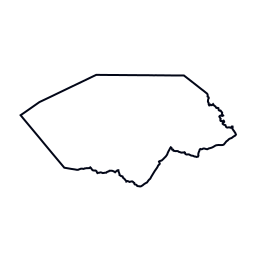 outline of Karachuonyo, Nyanza, Kenya, rotated 5°
{"feature_id": "3690345B83716228169892", "entity_name": "Karachuonyo", "entity_type": "district", "adm_level": 2, "iso_a3": "KEN", "parent_name": "Kenya", "parent_adm1": "Nyanza", "projection": "albers", "projection_center": [34.698, -0.371], "detail": "fine", "context": "isolated", "style": "outline", "palette": "ink", "viewbox_px": 256, "rotation_deg": 5, "n_neighbors": 0, "source": "geoboundaries", "source_scale": "gbopen_adm2", "svg_char_len": 4616}
<svg xmlns="http://www.w3.org/2000/svg" viewBox="0 0 256 256"><g transform="rotate(5 128 128)"><path d="M236.1,125.2L235.9,124.9L235.7,124.4L235.6,124.0L235.2,123.5L234.9,123.1L234.6,122.7L234.3,122.4L234.1,122.0L233.7,121.6L233.3,121.3L233.1,120.9L232.8,120.6L232.5,120.1L232.0,119.6L232.0,119.1L232.1,118.6L232.2,118.0L232.0,117.4L231.2,117.5L230.9,118.0L230.6,118.7L230.1,118.8L229.7,118.7L229.3,118.6L228.7,118.5L228.2,118.6L227.7,118.7L227.1,118.9L226.6,118.9L226.2,118.7L225.8,118.5L225.5,118.1L225.2,117.5L224.9,117.1L224.8,116.7L224.3,116.5L223.8,116.5L223.4,116.4L222.8,116.2L222.4,115.9L221.9,115.5L222.0,114.8L222.2,114.4L222.7,114.1L223.0,113.9L223.3,113.5L223.2,113.1L222.9,112.6L222.6,112.3L222.2,112.5L221.8,112.9L221.3,113.0L220.7,113.1L220.4,112.8L219.7,112.9L219.4,112.5L219.3,112.0L219.3,111.5L219.4,111.1L219.5,110.7L219.1,110.2L218.7,109.7L218.3,109.2L218.0,108.7L218.2,108.2L218.6,107.8L219.2,107.5L219.7,107.4L220.2,107.6L220.7,107.8L221.2,107.6L221.7,107.3L221.4,106.9L220.8,106.6L220.5,106.0L220.4,105.3L220.5,104.6L220.3,104.2L219.8,103.9L219.1,103.1L218.9,102.7L218.5,102.5L217.8,102.8L217.3,102.6L216.8,102.2L216.7,101.7L216.5,101.2L216.4,100.7L216.3,100.3L215.7,100.1L215.3,100.2L214.9,100.3L214.3,100.3L213.9,99.9L213.6,99.5L213.4,99.1L213.0,98.8L212.6,98.6L212.0,98.2L211.5,97.9L211.0,97.6L211.0,97.1L210.7,96.8L210.5,97.1L210.4,97.5L210.0,97.7L209.4,98.0L208.9,97.8L208.5,97.6L208.0,97.5L207.7,98.0L207.4,98.4L206.9,98.4L206.6,97.9L206.3,97.3L206.2,96.5L206.1,95.8L205.8,95.4L205.4,95.0L205.3,94.4L205.3,93.9L205.3,93.4L205.3,93.0L205.4,92.5L205.5,91.9L205.8,91.5L205.8,90.9L205.6,90.4L205.1,90.1L204.5,89.7L204.5,89.3L204.6,88.8L204.5,88.3L204.4,87.9L204.2,87.4L203.7,86.8L199.5,84.0L198.2,83.2L196.8,82.3L193.6,80.2L179.1,70.8L178.4,70.9L177.8,70.9L171.2,71.5L161.0,72.3L155.5,72.7L150.8,73.1L148.7,73.3L144.3,73.6L135.9,74.3L118.5,75.7L107.1,76.6L104.1,76.9L102.0,77.0L99.0,77.3L91.8,77.8L88.7,79.6L77.6,86.2L68.1,91.8L53.6,100.4L50.1,102.5L37.5,109.9L25.0,120.4L23.2,121.9L19.9,124.6L22.8,127.6L40.8,145.7L45.4,150.4L55.1,160.2L57.5,162.6L63.2,168.3L68.0,173.1L75.2,173.7L78.6,173.9L80.7,174.1L81.9,174.0L82.6,173.6L83.5,173.2L84.5,172.7L85.7,172.5L86.7,172.6L87.5,172.6L88.2,172.1L89.2,171.9L90.2,171.6L90.8,171.6L91.5,171.5L92.3,171.4L93.1,171.3L93.8,170.5L94.7,171.2L95.3,172.0L96.0,172.8L96.9,173.3L98.3,173.3L99.5,173.2L100.5,173.9L100.8,174.7L101.5,175.6L102.4,175.2L103.5,175.0L104.1,174.7L104.9,174.6L105.8,174.8L106.8,175.1L108.1,174.8L109.2,174.5L110.3,174.4L110.9,173.6L111.7,173.2L112.6,172.9L113.2,172.2L114.4,172.1L115.5,172.0L116.6,172.1L117.4,172.5L118.3,172.7L119.0,173.2L119.6,172.5L120.4,171.9L121.1,171.1L122.1,170.9L122.3,171.8L122.6,172.7L123.1,173.6L123.5,174.6L123.7,175.7L124.6,176.0L125.3,176.5L126.0,176.5L126.9,176.8L127.2,177.8L127.9,178.3L128.4,178.7L129.3,179.4L130.0,180.2L130.7,180.8L131.0,181.5L131.9,180.9L133.1,181.1L134.2,181.6L135.0,181.3L135.6,181.1L136.7,180.8L137.7,181.2L138.2,181.8L139.0,182.1L139.1,182.7L139.3,183.2L139.7,183.6L140.7,183.7L141.5,184.0L142.2,184.9L143.2,185.1L144.0,185.0L144.9,185.2L145.9,185.0L147.5,183.9L148.7,182.7L149.2,182.3L149.7,181.9L150.7,181.2L151.7,180.6L151.9,180.2L152.1,179.9L152.5,179.2L153.1,178.2L153.8,177.3L154.5,176.7L154.9,175.8L155.3,174.8L157.4,170.5L158.4,168.5L160.6,164.7L161.0,163.6L161.3,162.8L161.8,162.1L162.5,161.5L162.7,160.5L162.2,159.6L161.8,158.7L162.5,158.2L163.4,157.8L164.3,157.5L165.8,155.9L166.6,154.9L167.5,153.8L168.2,153.0L168.8,151.9L169.3,151.1L169.6,149.9L169.9,148.9L170.4,147.6L171.2,145.8L171.7,144.5L172.3,143.5L173.0,143.9L173.5,145.0L174.0,145.8L174.9,145.7L175.3,146.7L176.3,146.8L177.4,146.9L178.5,146.7L179.7,146.7L180.7,147.3L181.8,147.5L182.5,147.7L183.3,147.9L184.2,147.7L185.2,147.7L185.8,147.4L186.4,147.2L187.0,147.7L187.1,148.5L187.7,149.0L188.5,149.3L189.3,149.2L190.3,149.0L191.4,149.1L192.2,149.5L193.2,149.9L194.2,150.0L195.1,150.0L195.9,150.3L196.6,150.6L197.7,150.6L198.9,150.9L199.7,150.5L200.1,150.5L200.4,149.9L200.6,149.4L200.4,148.7L200.3,148.1L200.3,147.7L200.4,146.8L200.6,145.9L200.9,145.1L201.1,144.5L201.3,143.3L201.9,142.6L202.9,142.8L203.9,142.5L204.7,141.9L205.9,141.8L206.9,142.0L208.0,142.2L209.0,142.2L210.1,141.4L211.5,140.9L212.6,140.5L213.8,139.9L215.0,139.1L215.9,138.4L216.5,138.0L217.4,137.5L218.9,137.2L219.8,137.0L221.2,137.0L222.3,136.9L223.0,136.8L223.8,136.7L224.8,136.2L225.8,134.8L226.6,133.6L227.1,132.8L228.4,131.7L229.1,130.8L229.7,130.2L230.6,129.6L231.5,129.2L232.0,129.0L232.9,128.2L233.4,127.7L233.8,127.4L234.3,127.0L234.7,126.7L235.5,126.2L236.1,125.2Z" fill="none" stroke="#020617" stroke-width="2"/></g></svg>